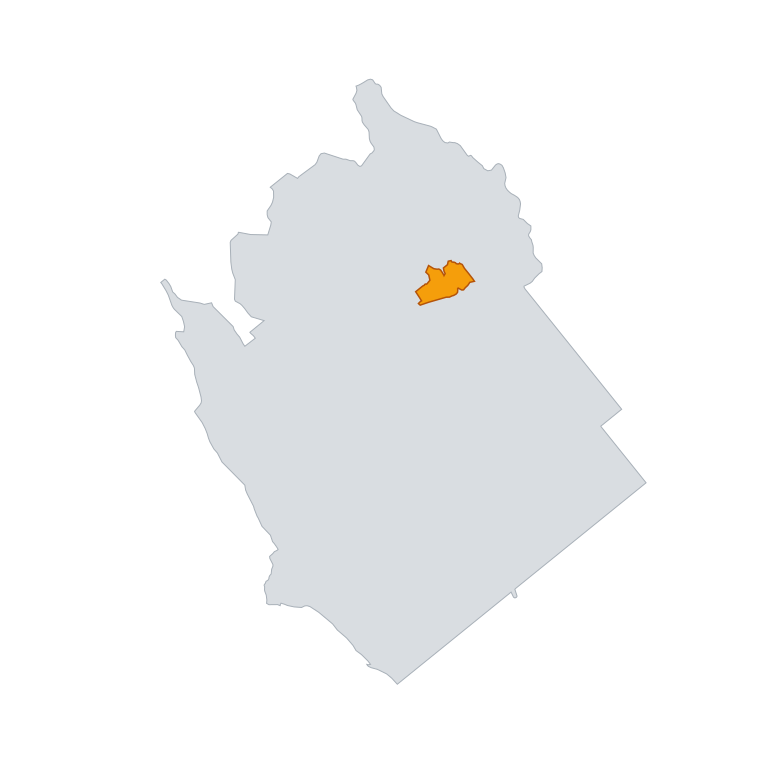 Melit, North Darfur, Sudan (highlighted), rotated 141°
{"feature_id": "16777658B8925741103615", "entity_name": "Melit", "entity_type": "district", "adm_level": 2, "iso_a3": "SDN", "parent_name": "Sudan", "parent_adm1": "North Darfur", "projection": "equal_earth", "projection_center": [26.262, 14.2], "detail": "fine", "context": "in_parent", "style": "filled", "palette": "amber", "viewbox_px": 768, "rotation_deg": 141, "n_neighbors": 0, "source": "geoboundaries", "source_scale": "gbopen_adm2", "svg_char_len": 4865}
<svg xmlns="http://www.w3.org/2000/svg" viewBox="0 0 768 768"><g transform="rotate(141 384 384)"><path d="M493.6,603.4L488.4,603.4L487.8,601.8L487.9,597.3L488.4,593.9L490.3,588.5L489.8,585.6L490.0,581.3L488.6,576.6L476.1,562.8L473.6,559.0L466.9,555.6L468.1,551.7L465.1,523.6L466.4,520.3L466.8,515.4L466.7,511.1L468.2,503.9L468.4,500.9L455.2,500.6L455.1,503.8L455.7,507.2L455.7,508.6L437.3,508.7L444.8,519.7L445.1,524.5L444.8,530.5L444.9,534.4L445.3,536.9L447.4,541.9L447.2,542.8L446.8,544.0L433.9,558.7L431.7,565.5L430.0,569.1L426.3,575.1L414.4,590.8L412.5,591.9L403.4,592.4L402.5,592.8L401.8,593.5L401.5,593.4L393.6,584.1L380.5,573.0L371.9,578.8L369.6,580.9L369.5,586.3L368.3,589.0L365.9,592.0L359.5,593.9L356.2,595.5L352.3,598.5L348.4,603.5L348.1,606.1L348.6,608.5L326.5,608.4L325.0,606.5L321.8,598.2L319.6,598.7L299.5,597.8L296.6,598.6L290.9,602.0L288.0,602.6L285.0,601.0L274.4,584.6L272.1,582.7L269.7,578.8L267.5,577.0L266.7,575.8L266.5,574.0L266.6,570.5L265.8,568.2L264.1,567.7L250.0,571.5L247.9,571.1L244.9,571.7L243.9,572.4L242.7,574.6L242.5,579.1L242.1,581.3L241.0,583.8L237.0,589.3L236.1,591.8L236.3,597.9L236.0,601.0L235.4,602.4L233.6,604.8L233.0,606.1L232.2,614.0L230.0,618.7L229.5,620.4L229.4,623.8L229.0,624.9L222.6,627.6L220.2,629.3L218.7,632.0L218.3,633.1L215.6,632.2L212.1,631.5L205.3,630.6L202.7,629.4L201.4,627.5L201.8,622.8L201.2,621.8L200.1,620.9L199.4,618.8L199.5,616.4L203.1,610.9L203.8,607.9L204.8,594.2L204.5,590.0L201.8,582.2L195.4,568.9L193.8,566.3L185.8,555.3L184.9,553.7L182.9,549.1L185.1,539.0L185.3,536.2L184.7,533.3L182.7,531.1L180.9,530.9L178.5,528.2L177.0,526.9L175.6,524.5L174.7,521.2L175.4,509.3L174.9,507.7L172.9,507.3L172.4,506.4L172.5,504.1L171.4,497.3L170.2,491.7L170.9,488.6L169.2,484.4L165.9,482.6L159.5,484.0L157.5,483.8L156.1,483.0L155.2,481.4L154.7,479.6L155.2,476.8L157.0,471.8L159.3,467.6L164.0,463.9L165.2,461.8L165.9,459.6L166.1,457.0L165.8,454.3L165.3,451.9L163.9,448.6L162.7,444.8L162.7,442.2L163.3,440.3L164.5,438.1L169.1,433.7L173.9,430.1L174.6,428.8L174.4,427.3L172.2,424.3L171.6,418.5L170.4,414.4L172.8,411.4L174.6,410.3L177.3,409.4L178.4,408.1L178.7,405.7L178.7,403.3L179.6,401.6L181.0,397.9L182.1,396.2L185.7,391.9L186.5,389.1L186.7,386.4L185.8,378.2L187.9,374.8L190.5,372.0L194.3,372.1L200.2,371.5L204.2,370.4L207.0,370.4L213.5,371.9L214.2,371.3L214.6,369.1L215.2,214.8L241.9,214.8L242.2,214.5L242.5,142.3L410.1,142.3L411.5,142.1L414.1,135.4L415.2,134.9L416.9,135.3L417.5,136.8L416.2,142.3L562.6,142.3L563.1,150.5L564.4,157.1L568.8,166.5L572.5,171.6L573.8,174.4L574.0,175.7L573.8,176.9L572.7,175.5L570.9,174.6L570.8,179.0L571.8,188.0L573.5,194.4L572.6,200.3L572.9,210.2L575.1,222.2L574.9,229.8L578.4,247.7L581.6,257.6L583.3,260.1L585.2,261.4L588.7,262.2L594.1,267.3L598.4,272.6L599.9,275.4L602.0,278.5L603.3,277.9L604.2,277.1L605.6,279.6L612.3,284.9L613.3,287.4L611.0,289.8L608.4,294.0L607.1,297.9L606.4,299.2L604.3,301.6L604.0,302.8L603.0,303.6L602.0,303.6L599.8,304.9L597.8,304.5L595.7,305.3L595.0,306.2L593.4,307.0L591.2,307.4L587.9,310.7L584.9,312.4L583.9,313.7L582.5,320.3L581.4,322.0L577.0,322.2L574.8,322.7L571.8,322.0L570.4,322.1L570.1,323.5L569.7,329.1L569.8,331.6L567.4,338.0L568.4,350.1L566.1,359.1L565.8,361.2L563.5,368.4L562.3,371.1L559.5,384.5L558.3,388.6L555.8,393.0L559.0,425.3L556.9,435.2L557.1,440.6L555.7,448.6L554.5,452.3L552.6,456.8L551.0,461.8L549.6,468.4L548.8,480.8L548.4,482.0L540.5,483.5L538.0,484.4L536.4,485.8L534.4,489.0L530.4,497.8L528.4,503.2L525.1,510.5L521.3,515.7L520.5,518.3L520.0,523.0L518.6,530.5L517.4,535.8L517.6,540.1L516.5,547.5L516.7,551.1L515.4,553.2L513.6,555.1L512.3,555.6L506.8,550.6L502.9,554.0L500.5,558.8L498.7,563.7L499.9,574.0L499.8,576.2L499.3,578.7L495.7,588.8L494.7,593.4L493.6,601.5L493.6,603.4Z" fill="#d9dde1" stroke="#a8b0b8" stroke-width="1"/><path d="M274.8,448.0L281.1,444.6L280.6,440.6L282.9,436.0L283.1,435.7L284.7,435.4L285.7,435.2L287.0,434.9L287.6,434.8L288.0,434.8L289.0,435.7L289.7,435.7L290.7,435.4L291.7,435.7L292.5,435.8L296.2,435.8L298.7,435.8L301.3,435.8L302.1,428.0L302.3,426.8L302.5,425.0L303.6,425.2L306.6,424.9L306.6,424.7L306.5,424.2L306.5,423.8L306.4,423.5L306.4,423.3L306.3,423.0L306.3,422.8L306.2,422.5L305.1,422.1L302.9,421.3L297.8,419.4L281.0,412.3L278.4,410.3L275.8,409.7L274.2,409.0L271.4,408.5L269.8,408.8L269.1,409.0L267.7,410.5L266.7,411.8L266.0,411.9L265.0,409.4L264.3,408.0L262.9,407.1L260.2,407.7L256.9,407.9L253.3,409.0L251.5,408.1L249.1,406.9L248.8,410.2L248.8,412.1L248.7,416.5L248.7,423.3L248.0,427.6L248.3,428.4L248.7,428.9L249.2,430.3L249.5,430.1L250.9,430.6L251.6,431.4L252.2,432.2L252.1,433.2L252.7,434.2L253.0,434.8L253.6,435.0L254.5,436.3L254.2,437.7L256.8,439.0L259.6,436.8L261.0,436.8L264.8,436.8L266.4,433.8L267.0,431.3L269.1,430.5L269.0,430.8L268.5,434.4L268.3,436.9L269.0,438.8L270.5,439.8L272.4,441.9L272.7,442.3L273.2,443.6L274.8,448.0Z" fill="#f59e0b" stroke="#b45309" stroke-width="1.5"/></g></svg>